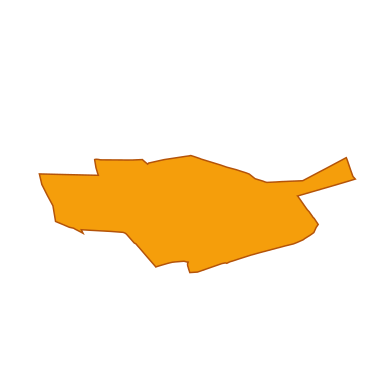 Varakļāni, Varaklanu, Latvia (Natural Earth projection), rotated 199°
{"feature_id": "27541924B76444733337107", "entity_name": "Varakļāni", "entity_type": "district", "adm_level": 2, "iso_a3": "LVA", "parent_name": "Latvia", "parent_adm1": "Varaklanu", "projection": "natural_earth1", "projection_center": [26.753, 56.603], "detail": "fine", "context": "isolated", "style": "filled", "palette": "amber", "viewbox_px": 384, "rotation_deg": 199, "n_neighbors": 0, "source": "geoboundaries", "source_scale": "gbopen_adm2", "svg_char_len": 2323}
<svg xmlns="http://www.w3.org/2000/svg" viewBox="0 0 384 384"><g transform="rotate(199 192 192)"><path d="M281.6,117.5L284.4,120.3L275.3,122.8L272.2,123.7L256.3,128.2L244.1,131.4L242.3,131.4L240.4,130.9L230.1,125.0L228.1,124.7L225.8,123.3L223.4,122.0L223.3,121.9L223.1,121.8L212.9,115.8L202.7,109.9L202.1,109.5L201.8,109.3L201.0,110.0L196.3,113.4L191.6,116.7L189.6,118.0L187.7,119.2L184.7,120.6L181.7,121.9L179.4,122.9L177.1,123.9L176.5,124.0L175.9,124.0L175.1,124.1L174.3,124.1L172.8,124.4L172.8,122.4L172.0,120.7L171.2,119.7L170.2,118.2L167.8,115.1L160.7,118.1L140.5,134.0L139.3,134.7L138.1,135.4L137.8,135.6L137.4,135.8L135.9,135.9L133.8,138.0L132.7,138.9L131.9,139.4L128.3,142.1L127.8,142.5L125.3,144.4L115.5,151.7L114.0,152.7L108.5,156.5L106.7,157.7L104.8,159.0L104.6,159.1L104.3,159.3L104.1,159.4L101.2,161.4L99.9,162.2L98.6,163.1L98.1,163.5L96.2,164.7L94.6,165.8L93.3,166.7L91.6,167.8L87.6,170.5L86.6,171.2L83.3,173.3L79.6,175.7L79.4,175.8L78.9,176.2L77.6,177.3L76.2,178.5L74.9,179.7L73.3,181.2L72.1,182.3L71.3,183.1L71.0,183.4L70.4,184.5L69.3,185.8L67.8,187.7L66.6,189.1L65.9,190.1L65.5,190.6L63.6,193.3L63.3,196.4L63.1,198.8L62.1,202.4L67.6,206.6L68.2,207.0L69.3,207.4L69.6,207.7L75.0,211.6L77.3,212.8L81.6,215.9L90.5,222.4L90.9,222.6L79.1,230.9L69.3,237.8L63.6,241.8L48.4,252.6L41.8,257.4L44.2,258.7L44.8,259.1L45.3,259.6L49.0,264.2L55.5,272.6L57.3,274.7L57.7,274.3L73.8,257.0L77.6,253.0L90.7,239.0L91.3,238.6L92.5,238.1L102.8,234.1L106.3,232.7L110.9,230.9L115.4,229.0L123.7,225.7L124.4,225.4L125.2,225.4L126.0,225.3L128.6,225.4L133.8,225.2L136.7,225.1L143.7,227.6L146.6,227.7L146.9,227.7L147.3,227.7L147.6,227.7L147.8,227.7L148.1,227.7L148.3,227.7L151.6,227.6L157.4,227.5L167.2,226.8L173.9,226.8L194.1,226.1L195.3,226.2L201.2,226.2L205.0,226.1L205.8,225.7L206.1,225.4L209.7,223.6L229.0,213.5L229.3,213.3L229.6,213.1L229.8,213.0L232.6,211.3L242.5,205.2L243.0,203.9L246.9,205.4L249.5,206.5L258.1,203.1L262.9,201.4L267.6,199.8L268.3,199.6L287.5,193.1L288.2,192.9L288.6,192.7L291.2,192.3L292.4,192.0L293.6,191.6L294.6,191.0L294.5,190.7L290.7,183.7L287.4,179.1L286.0,177.3L290.0,176.0L317.9,167.1L342.2,159.4L336.5,150.3L328.0,142.0L319.0,133.7L311.4,119.7L304.7,119.3L296.5,118.7L292.4,119.2L291.4,119.1L290.8,118.9L284.7,118.0L283.9,117.9L281.6,117.5Z" fill="#f59e0b" stroke="#b45309" stroke-width="1.5"/></g></svg>